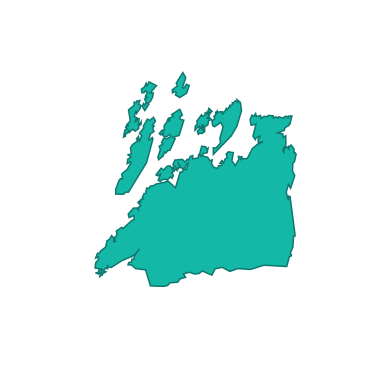 the district of Fitjar nor, Hordaland, Norway, rotated 55°
{"feature_id": "86288312B29955336638723", "entity_name": "Fitjar nor", "entity_type": "district", "adm_level": 2, "iso_a3": "NOR", "parent_name": "Norway", "parent_adm1": "Hordaland", "projection": "orthographic", "projection_center": [5.282, 59.896], "detail": "fine", "context": "isolated", "style": "filled", "palette": "teal", "viewbox_px": 384, "rotation_deg": 55, "n_neighbors": 0, "source": "geoboundaries", "source_scale": "gbopen_adm2", "svg_char_len": 6065}
<svg xmlns="http://www.w3.org/2000/svg" viewBox="0 0 384 384"><g transform="rotate(55 192 192)"><path d="M307.4,157.1L300.6,149.1L301.4,147.9L300.7,146.6L298.7,146.8L294.8,140.8L286.5,134.3L287.3,133.3L286.5,132.3L252.0,114.3L250.9,115.1L253.9,117.8L246.2,114.9L241.1,108.7L245.5,109.1L237.5,98.4L232.6,97.7L226.2,92.9L226.0,90.7L220.6,84.9L217.6,85.2L218.9,86.4L215.1,83.7L210.3,83.9L210.8,85.9L210.0,86.6L212.4,88.1L209.0,88.5L209.5,91.3L208.7,91.6L213.2,94.7L209.7,93.3L208.6,91.8L208.3,89.7L206.2,87.3L199.7,83.0L199.6,86.0L196.4,84.3L192.7,88.1L194.4,81.1L192.7,78.9L193.0,74.1L191.2,72.4L193.0,73.4L187.0,66.5L185.3,69.4L186.4,70.9L184.0,71.1L183.4,73.4L184.4,74.4L180.2,77.8L180.9,79.0L178.7,80.1L178.1,82.8L176.3,81.7L173.0,85.5L173.3,87.7L171.3,89.5L171.5,93.2L168.6,91.9L167.2,96.0L164.2,94.9L165.5,97.9L163.4,98.8L165.9,102.8L171.2,105.3L173.1,100.7L181.2,110.0L185.4,110.2L184.4,108.2L185.4,104.4L186.9,107.8L189.7,109.4L191.6,104.9L190.5,111.1L191.0,117.6L196.3,127.6L193.5,131.6L193.6,134.2L192.0,130.9L189.4,133.6L192.0,134.7L195.2,141.4L189.4,141.4L183.4,135.6L179.9,139.2L180.5,142.2L184.0,143.5L184.1,146.3L186.0,149.1L183.3,149.5L184.5,152.8L186.2,150.6L187.4,152.4L185.7,155.2L187.5,157.2L184.4,160.0L179.9,159.8L177.3,156.9L176.6,159.5L172.6,159.2L168.4,162.6L166.8,161.2L168.5,157.0L165.2,153.6L165.3,155.4L162.7,154.9L160.0,157.8L164.8,163.5L167.6,164.1L165.3,165.0L167.6,167.6L165.3,172.4L162.5,170.5L161.9,173.2L163.9,176.4L162.5,177.0L163.4,180.6L159.8,181.1L156.0,187.7L158.7,192.0L161.2,191.3L160.6,194.6L162.7,194.6L162.8,194.9L158.0,194.9L156.6,197.5L157.6,202.7L154.8,203.6L157.3,211.7L159.3,210.6L158.9,206.5L163.0,213.0L165.1,211.9L164.9,208.2L168.0,205.0L167.1,201.1L169.4,200.5L167.8,197.8L164.3,197.3L164.8,194.7L162.6,193.6L165.8,191.9L163.2,191.0L165.2,189.8L164.2,188.7L165.1,187.6L159.5,186.7L165.9,187.2L168.5,184.7L166.0,180.8L166.2,178.6L170.5,183.9L167.9,186.2L170.2,188.3L168.8,190.3L179.1,203.1L168.6,205.5L169.1,206.9L164.6,217.6L165.0,219.3L163.3,222.7L164.1,225.3L162.8,227.0L166.6,230.8L165.8,232.2L167.9,235.7L169.6,235.7L168.8,238.1L170.8,239.7L170.5,241.6L169.3,240.6L169.6,242.3L173.9,241.8L173.9,245.1L176.7,246.5L174.0,245.6L171.6,249.2L173.5,256.9L177.0,258.2L177.7,253.2L181.4,255.0L180.8,257.7L182.3,269.6L180.6,269.9L180.6,276.4L183.8,277.9L185.0,280.3L184.4,281.9L188.5,282.9L187.8,284.8L185.3,282.5L181.6,282.9L183.4,286.6L183.2,289.5L187.6,294.4L187.9,300.7L189.1,303.6L187.9,304.5L190.9,308.8L191.5,305.9L193.7,307.4L194.6,311.3L198.7,315.0L203.6,309.9L204.5,309.9L202.5,312.8L204.2,315.5L202.8,317.5L205.7,315.5L205.3,311.3L208.8,317.0L207.8,314.3L208.6,313.3L207.6,311.7L208.0,308.3L205.5,309.8L204.9,305.8L206.5,305.2L203.2,302.9L205.3,303.7L207.5,301.6L208.0,289.0L210.2,278.5L211.2,279.0L210.1,278.1L210.3,274.4L208.5,267.5L211.2,276.0L213.7,277.8L212.7,279.8L214.6,281.7L213.5,284.3L214.9,286.2L217.3,283.3L222.4,282.1L229.2,274.7L245.1,279.9L253.0,269.4L254.6,265.7L253.7,262.3L257.7,255.4L256.3,251.6L258.2,246.2L254.2,246.0L256.2,240.2L260.6,237.0L262.9,232.7L262.6,228.9L271.5,223.4L268.2,217.1L271.0,210.5L278.8,206.5L280.9,198.6L289.0,188.5L293.2,175.1L307.4,157.1ZM113.0,181.3L108.8,180.7L109.1,185.4L106.7,186.7L110.2,194.1L111.8,194.7L113.8,201.3L117.0,200.9L120.6,206.6L115.7,203.9L116.7,207.0L119.0,207.4L119.1,213.8L120.6,217.1L125.9,219.8L124.9,223.1L128.4,221.9L128.3,225.9L131.6,228.8L131.9,224.8L133.0,225.3L136.3,231.9L136.9,239.2L141.5,241.4L140.0,242.9L140.8,245.3L145.8,252.7L149.9,255.7L154.6,249.4L154.1,246.5L155.7,244.1L141.9,212.4L125.9,193.3L124.5,193.3L125.2,196.7L124.3,197.5L120.5,192.7L120.7,188.5L117.2,187.5L116.3,185.2L114.9,186.3L113.0,181.3ZM146.3,101.0L142.3,102.1L144.6,103.1L142.2,104.1L142.8,106.9L141.9,107.8L143.7,108.8L142.7,111.6L144.3,112.1L143.7,113.6L144.9,116.1L143.2,116.1L145.1,119.5L144.2,120.7L146.4,122.6L143.3,121.5L141.4,124.9L142.1,127.2L140.1,125.2L140.4,126.9L142.7,128.8L142.6,130.8L145.0,131.1L145.3,134.9L149.5,137.0L151.5,136.1L151.6,128.5L156.6,129.3L163.8,138.1L168.3,140.7L169.6,146.9L168.0,149.2L173.4,152.9L168.6,127.8L163.9,117.5L153.7,104.7L146.3,101.0ZM123.4,155.7L117.2,154.6L116.9,164.2L119.4,164.2L118.1,169.2L119.2,171.1L120.2,170.8L119.4,168.6L120.7,169.1L120.8,170.3L119.9,171.7L121.6,176.7L125.7,179.5L124.2,181.0L125.4,185.4L127.4,184.7L127.0,180.8L128.0,183.3L130.7,183.1L132.1,180.7L132.1,177.5L133.4,176.9L134.5,178.4L133.9,181.9L131.8,184.3L134.0,188.6L136.0,188.2L135.7,192.6L139.2,193.7L143.8,199.9L146.4,200.8L145.9,194.8L143.4,191.7L145.0,191.2L144.2,188.1L145.2,186.2L138.7,175.2L136.1,176.3L138.3,170.1L128.5,157.5L125.7,160.0L123.7,158.9L123.4,155.7ZM87.1,182.2L85.8,185.2L86.6,186.5L85.2,187.9L87.7,189.6L88.3,196.9L98.2,201.7L99.4,205.3L102.0,207.1L99.4,206.3L100.9,209.2L102.6,208.8L102.9,211.7L107.8,216.6L108.1,214.3L106.4,213.4L106.7,210.3L104.3,208.4L107.2,209.1L106.4,204.9L109.6,203.6L109.4,199.2L107.1,197.8L107.5,195.1L105.3,193.4L106.4,196.1L105.7,197.0L101.7,193.3L100.5,194.2L102.2,197.3L101.6,198.2L99.4,194.8L96.9,195.9L93.1,191.1L95.8,192.3L93.9,186.9L91.7,184.3L89.4,185.4L87.1,182.2ZM94.8,131.5L88.9,131.0L93.8,142.5L96.8,143.0L97.0,149.6L99.6,151.1L99.6,148.7L101.8,147.9L102.9,149.9L107.6,147.9L108.0,139.8L103.2,133.2L100.5,134.8L102.3,139.2L100.8,139.8L94.8,131.5ZM137.5,129.4L133.2,130.1L135.3,133.1L134.8,136.1L136.7,135.1L135.7,140.6L134.2,140.0L136.8,147.5L139.3,148.4L139.8,151.4L143.1,154.1L141.9,148.9L144.2,149.4L143.0,148.0L144.5,147.5L144.5,145.8L142.9,145.2L144.0,144.3L146.0,146.8L144.5,148.2L145.1,152.6L149.0,154.0L147.6,152.7L149.8,150.3L149.8,147.0L146.7,147.6L148.3,146.0L146.0,144.4L146.1,140.5L143.0,137.4L143.9,134.5L140.4,134.9L141.2,136.6L140.2,137.2L138.8,133.2L137.1,134.0L135.8,132.1L137.9,132.2L137.5,129.4ZM84.5,160.1L77.2,164.0L79.2,168.0L76.6,167.2L78.7,170.6L78.7,174.4L81.9,176.1L83.1,174.4L82.5,172.4L84.7,171.5L87.2,175.6L88.7,174.7L88.7,177.6L92.3,178.1L93.7,181.0L91.7,180.9L93.1,183.6L98.2,183.9L95.4,177.1L93.5,177.7L94.3,176.7L93.6,173.4L91.7,169.9L88.6,166.9L86.9,169.5L84.5,160.1Z" fill="#14b8a6" stroke="#0f766e" stroke-width="1.5"/></g></svg>